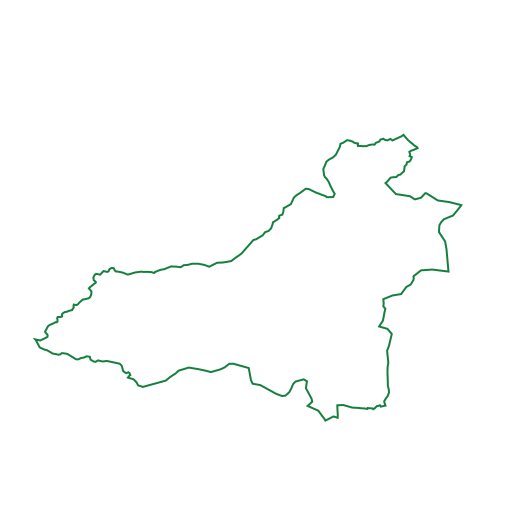 outline of Bakori, Katsina, Nigeria, rotated 286°
{"feature_id": "59680162B75348496545912", "entity_name": "Bakori", "entity_type": "district", "adm_level": 2, "iso_a3": "NGA", "parent_name": "Nigeria", "parent_adm1": "Katsina", "projection": "natural_earth1", "projection_center": [7.44, 11.676], "detail": "fine", "context": "isolated", "style": "outline", "palette": "green", "viewbox_px": 512, "rotation_deg": 286, "n_neighbors": 0, "source": "geoboundaries", "source_scale": "gbopen_adm2", "svg_char_len": 4508}
<svg xmlns="http://www.w3.org/2000/svg" viewBox="0 0 512 512"><g transform="rotate(286 256 256)"><path d="M294.1,445.3L314.9,437.3L322.1,433.8L329.4,425.3L336.1,423.8L339.6,424.7L343.1,426.5L347.1,431.5L349.1,434.2L360.0,438.9L361.5,439.3L361.1,426.9L359.5,415.4L363.1,403.1L363.2,401.9L363.0,401.4L360.9,400.3L357.4,398.5L354.2,393.0L355.9,387.5L354.1,373.4L361.8,360.4L363.8,361.7L368.4,363.8L369.3,365.5L370.5,369.0L373.2,370.6L373.9,372.2L376.6,373.8L378.1,374.9L380.7,374.6L383.1,374.1L385.4,375.5L387.7,375.3L389.2,377.6L391.6,378.4L394.0,378.5L394.1,377.0L394.4,376.1L395.2,376.4L395.9,376.3L398.4,374.7L399.8,375.9L401.9,378.8L404.2,381.6L405.0,380.9L405.8,377.9L407.1,375.2L408.0,373.0L408.8,371.2L409.4,370.0L413.1,364.3L411.1,362.8L404.7,355.3L405.6,352.8L404.8,352.1L403.3,350.3L403.2,347.9L403.8,346.0L403.3,345.7L402.6,343.9L401.6,343.3L400.1,343.0L399.0,341.6L397.8,340.0L395.7,339.3L395.4,337.5L394.9,336.3L394.0,334.4L393.1,333.1L392.1,332.0L391.0,328.4L390.6,326.3L389.9,323.6L390.7,323.2L392.0,323.2L392.4,322.8L391.9,321.2L392.0,318.9L392.6,317.6L392.8,314.5L392.4,311.6L389.0,308.7L387.2,306.3L383.9,306.5L379.3,305.6L375.5,304.9L372.2,303.0L368.8,299.6L366.1,297.7L362.1,297.3L358.2,296.7L352.4,299.2L350.8,300.6L349.5,302.9L347.1,305.6L343.8,308.3L339.7,312.1L337.5,314.5L333.9,313.9L332.0,307.8L332.6,306.8L332.7,306.3L332.9,304.0L332.9,302.8L333.3,299.4L333.4,296.8L334.9,288.2L334.4,285.3L328.5,280.8L326.2,278.7L323.7,276.9L322.3,276.3L315.4,275.2L310.2,270.1L309.7,269.5L305.8,270.1L303.0,269.9L301.3,267.5L300.7,267.1L298.8,267.9L295.3,265.1L293.0,263.0L291.3,263.2L286.7,262.9L283.4,261.1L281.6,258.3L277.7,256.7L272.1,251.5L270.7,249.1L254.4,241.4L251.9,239.5L247.9,236.2L244.3,233.6L240.7,226.2L238.8,220.5L232.8,214.0L233.2,208.8L232.7,202.8L230.9,196.6L228.6,192.8L227.2,189.0L224.5,186.8L223.7,181.9L222.5,177.2L218.1,171.5L216.5,168.3L214.7,165.7L212.6,163.2L211.6,162.8L211.7,160.0L210.7,155.4L209.7,152.5L209.3,150.0L207.0,144.6L202.8,138.0L203.3,132.3L203.0,128.0L202.5,125.2L203.9,123.6L205.1,122.5L204.7,120.5L202.8,118.7L200.7,118.5L199.7,117.4L199.5,113.6L195.1,111.3L194.8,107.2L193.3,106.1L190.5,105.6L188.1,106.7L186.9,109.2L186.1,109.3L184.1,107.7L180.2,105.0L178.8,104.3L176.8,107.4L175.3,108.0L172.9,108.2L170.5,107.8L169.1,106.6L167.3,103.4L166.3,101.4L164.6,100.3L162.3,98.9L160.2,98.0L159.3,96.7L159.1,94.3L157.6,94.3L156.2,95.0L154.3,94.3L153.4,94.2L151.5,91.0L150.4,89.7L149.2,87.4L147.1,85.7L145.9,85.7L144.5,86.3L143.3,84.6L142.7,82.2L141.4,82.0L140.2,82.7L138.3,83.2L137.4,82.8L137.2,81.7L135.2,79.6L132.9,76.8L131.5,75.6L130.2,75.2L125.2,74.1L124.3,74.8L123.5,76.2L122.8,77.3L121.8,77.7L120.8,77.8L119.7,76.8L117.9,74.8L115.3,71.9L115.0,66.7L114.5,67.4L113.6,68.4L108.5,73.3L107.7,78.7L107.8,81.2L106.2,87.5L106.6,91.7L106.6,93.3L107.6,95.1L107.9,95.3L109.1,96.1L109.5,98.0L109.9,101.6L107.1,111.5L107.7,113.7L109.8,116.1L110.8,118.4L112.9,120.8L113.3,124.0L110.8,125.5L109.8,129.0L110.1,131.1L112.1,132.9L112.3,137.6L114.0,141.6L114.4,147.1L114.9,154.4L114.3,155.9L113.4,157.2L111.2,158.6L108.7,160.1L107.9,162.3L107.6,163.3L108.4,164.6L109.0,165.3L108.6,166.6L107.6,167.4L106.9,168.0L106.2,167.4L103.8,166.4L103.7,172.4L101.7,175.9L99.1,178.4L99.1,181.7L98.9,183.2L111.4,203.7L115.7,206.6L121.1,211.2L124.5,213.3L130.2,222.1L131.4,232.3L131.9,239.9L132.0,244.7L137.2,253.0L140.3,256.6L145.0,260.0L146.2,264.0L146.3,279.9L135.2,285.4L132.3,288.0L133.1,295.7L129.1,313.2L128.6,319.6L129.9,322.8L134.2,325.5L138.3,326.4L143.2,327.0L146.2,328.6L150.6,335.9L149.6,339.5L142.7,340.4L134.2,348.7L131.4,350.2L126.1,347.0L124.5,358.5L117.9,367.1L116.9,368.1L121.6,373.1L123.1,374.6L123.0,379.1L125.8,378.4L130.9,376.6L134.9,375.3L136.8,380.9L136.8,390.3L138.1,396.0L138.7,399.4L139.3,402.0L139.7,405.2L140.6,405.2L141.6,410.1L141.0,410.9L142.3,412.1L142.6,412.3L142.9,412.3L144.4,413.3L145.0,413.6L145.7,415.1L146.7,416.2L145.6,417.5L147.9,421.7L149.6,420.5L150.8,419.6L151.9,419.3L154.5,420.0L157.5,421.1L161.2,421.5L164.3,420.4L167.7,418.5L174.8,416.3L179.3,414.8L183.2,413.7L185.7,413.1L189.9,412.6L201.1,408.1L202.0,408.2L203.8,408.4L206.2,408.6L218.5,408.0L222.2,402.4L222.2,393.8L228.8,395.8L231.7,395.6L236.5,395.1L241.0,394.9L242.7,392.3L245.7,391.8L249.6,390.3L255.7,398.1L259.4,406.0L267.6,409.0L271.3,412.6L276.1,413.9L278.0,413.8L278.6,413.5L278.8,413.4L279.4,413.2L279.6,413.1L280.0,413.1L280.4,413.2L280.6,413.4L280.8,413.6L281.0,413.8L281.9,414.4L287.7,418.6L291.5,429.0L294.1,445.3Z" fill="none" stroke="#15803d" stroke-width="2"/></g></svg>